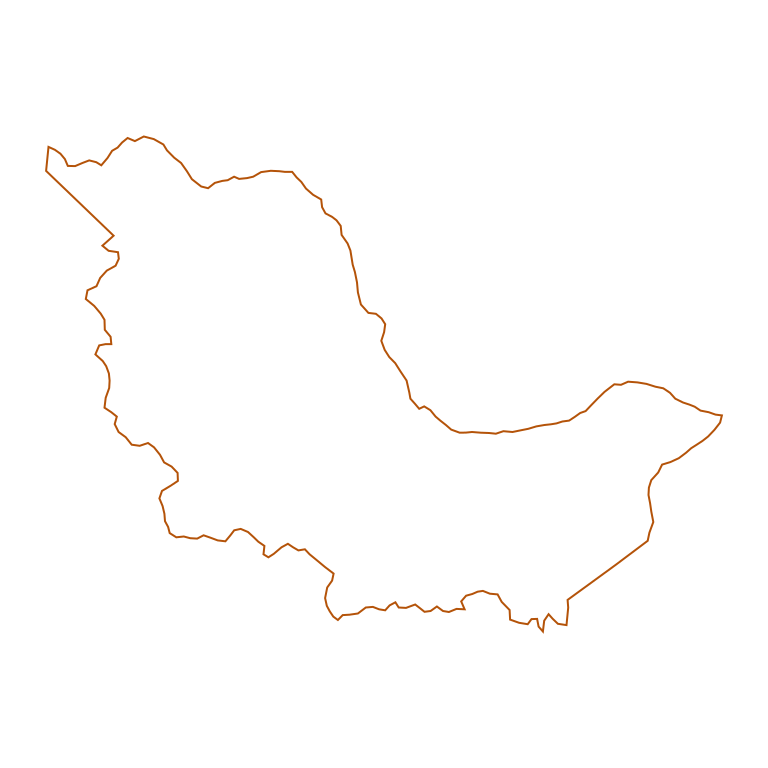 Boa Esperança, Espírito Santo, Brazil
{"feature_id": "56859067B85430168030596", "entity_name": "Boa Esperança", "entity_type": "district", "adm_level": 2, "iso_a3": "BRA", "parent_name": "Brazil", "parent_adm1": "Espírito Santo", "projection": "natural_earth1", "projection_center": [-40.323, -18.474], "detail": "fine", "context": "isolated", "style": "outline", "palette": "amber", "viewbox_px": 768, "rotation_deg": 0, "n_neighbors": 0, "source": "geoboundaries", "source_scale": "gbopen_adm2", "svg_char_len": 3267}
<svg xmlns="http://www.w3.org/2000/svg" viewBox="0 0 768 768"><path d="M721.9,415.4L715.5,414.6L708.7,412.2L700.5,410.6L694.7,406.7L689.4,404.6L683.0,402.5L675.3,398.7L670.0,392.8L663.3,388.3L655.4,386.7L646.5,383.9L637.5,382.4L628.1,381.7L621.0,384.8L614.3,384.3L604.6,391.8L597.8,398.4L591.1,405.3L585.6,411.1L580.2,413.0L574.9,416.8L569.1,420.6L562.4,421.5L556.5,423.4L550.9,424.3L544.4,425.0L536.3,426.4L528.3,428.8L520.8,430.3L512.5,432.0L503.4,431.2L495.9,433.7L489.0,433.0L480.8,432.7L472.0,432.0L465.9,432.6L459.7,432.7L451.2,429.6L445.9,425.0L440.3,420.6L435.6,416.6L430.4,410.2L424.2,406.4L419.2,408.8L414.8,403.6L410.4,398.7L409.3,392.5L406.6,380.6L400.4,371.3L395.2,363.1L389.3,357.1L384.7,349.9L381.3,340.8L384.1,332.2L385.2,324.2L381.5,318.4L375.9,313.8L368.4,312.9L360.9,304.5L357.9,292.4L357.0,282.4L354.9,272.0L352.7,264.7L350.4,250.5L347.6,243.5L341.6,234.9L340.7,225.9L336.5,220.3L332.1,216.9L325.5,213.4L322.1,207.2L321.2,199.5L313.1,194.8L306.0,188.6L301.3,181.9L296.6,177.4L292.2,171.9L285.1,171.9L279.3,171.2L270.8,170.8L261.1,172.1L253.2,176.7L247.0,178.1L239.1,178.9L234.1,176.7L227.7,180.2L222.3,180.9L214.8,182.9L208.1,188.2L201.2,186.5L191.9,179.2L186.9,171.2L181.1,163.0L174.2,157.7L167.0,150.4L163.4,144.5L153.8,139.1L143.8,136.5L134.9,141.1L127.6,138.0L122.1,142.5L117.6,147.6L112.1,150.8L107.5,158.0L101.3,165.3L96.3,162.2L89.2,160.4L82.4,163.0L75.1,166.1L67.8,165.9L64.9,159.1L60.5,153.8L54.9,149.8L48.5,146.9L46.1,170.9L113.6,235.7L102.4,245.7L108.6,250.8L118.0,252.2L118.8,258.8L115.6,265.7L106.8,270.6L100.2,277.9L96.5,286.2L87.5,290.3L85.8,299.0L94.2,305.9L100.7,313.6L104.5,319.8L104.8,329.8L110.6,336.8L111.3,344.1L105.7,344.1L99.2,345.4L95.4,354.4L102.8,361.1L106.2,366.2L108.9,373.5L109.6,380.6L109.2,388.0L105.7,397.8L104.5,407.7L111.3,412.2L116.8,416.6L114.7,424.1L118.6,432.0L125.7,437.2L131.7,444.7L139.7,445.8L148.0,443.0L154.0,447.3L160.0,454.8L164.1,462.4L171.6,466.6L177.6,472.9L177.9,480.9L170.2,486.0L162.0,490.9L159.4,498.4L162.6,506.1L164.4,513.7L165.0,521.2L168.1,526.9L169.7,533.1L176.3,537.3L183.8,536.5L190.2,538.2L197.2,538.6L203.6,535.3L210.2,537.6L217.7,540.4L225.4,541.3L230.4,535.3L234.2,530.3L240.7,528.9L248.0,532.0L253.8,537.3L258.3,541.7L264.4,545.9L263.5,554.3L268.4,557.3L273.7,553.9L281.5,547.3L287.9,543.8L293.1,547.3L298.4,550.4L304.9,549.3L309.6,554.3L316.3,559.8L325.1,567.1L333.6,573.6L332.1,580.6L327.2,587.5L325.1,598.1L326.8,605.8L329.8,611.4L333.3,616.6L337.9,620.0L342.7,615.1L349.5,614.7L357.9,613.5L365.8,607.5L372.9,606.9L379.1,609.3L385.2,610.3L389.6,605.4L395.4,602.3L398.7,607.5L406.0,607.9L415.2,604.5L420.1,608.3L424.5,611.8L430.6,611.0L436.9,606.5L443.0,611.0L448.9,612.0L456.5,608.9L464.6,609.3L461.2,601.4L466.1,595.7L472.3,594.0L477.6,591.7L482.9,590.9L489.9,593.7L497.6,594.4L501.7,601.9L509.6,610.0L510.1,619.6L519.1,622.8L527.7,624.2L531.5,619.1L537.1,618.9L538.6,626.6L542.9,631.5L544.2,620.7L548.6,614.2L552.6,618.7L557.9,623.8L566.5,625.1L568.2,607.6L567.6,599.9L615.9,564.7L647.7,540.8L649.4,532.7L653.3,522.0L651.3,511.6L650.1,503.3L648.5,495.0L648.9,487.6L651.3,480.1L658.2,472.5L662.1,464.6L670.3,462.1L678.8,458.2L686.1,452.7L691.2,448.2L696.4,444.9L702.5,440.9L708.1,436.5L714.4,429.9L720.1,422.6L721.9,415.4Z" fill="none" stroke="#b45309" stroke-width="2"/></svg>